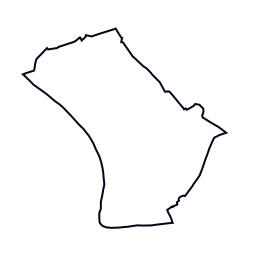 outline of Long Xuyen, An Giang, Vietnam, rotated 172°
{"feature_id": "81297802B27304776569222", "entity_name": "Long Xuyen", "entity_type": "district", "adm_level": 2, "iso_a3": "VNM", "parent_name": "Vietnam", "parent_adm1": "An Giang", "projection": "mercator", "projection_center": [105.422, 10.372], "detail": "fine", "context": "isolated", "style": "outline", "palette": "ink", "viewbox_px": 256, "rotation_deg": 172, "n_neighbors": 0, "source": "geoboundaries", "source_scale": "gbopen_adm2", "svg_char_len": 4112}
<svg xmlns="http://www.w3.org/2000/svg" viewBox="0 0 256 256"><g transform="rotate(172 128 128)"><path d="M52.5,139.0L52.9,139.5L53.2,139.8L53.5,140.3L53.7,140.6L53.9,141.0L54.1,141.1L54.4,141.2L54.8,141.4L55.3,141.5L56.0,141.7L56.7,141.9L57.4,142.2L57.9,142.5L58.8,141.8L59.3,141.3L60.0,140.8L60.4,140.5L60.5,140.5L61.7,140.0L62.7,139.6L66.4,138.1L67.2,137.9L68.1,139.3L68.3,139.4L69.0,139.0L69.9,138.7L70.0,139.2L70.6,140.3L71.4,141.5L73.5,144.8L75.6,148.3L77.8,151.9L80.0,155.4L81.2,157.3L81.5,157.6L81.6,157.8L81.9,158.1L82.2,158.4L82.5,158.6L82.9,158.6L83.1,158.6L83.4,158.5L83.7,158.5L83.9,158.6L84.2,158.7L84.3,158.8L84.6,158.8L84.8,158.8L85.1,158.8L85.5,158.7L85.9,158.6L86.2,158.7L86.3,158.9L86.4,159.1L86.7,159.6L86.8,160.0L88.4,164.3L89.2,166.3L89.8,168.0L90.3,169.1L92.0,171.4L94.3,174.4L96.4,177.2L97.6,179.4L101.4,184.6L104.1,186.8L107.0,190.4L109.1,193.0L110.7,195.1L112.3,197.1L113.5,198.0L113.6,198.4L113.7,198.8L113.9,199.3L114.4,200.3L115.5,202.4L115.9,203.2L116.2,203.8L116.7,204.8L117.7,206.9L118.8,208.9L119.2,209.7L119.8,210.9L120.2,211.9L120.7,212.9L120.9,213.3L121.8,213.7L122.7,213.9L122.5,214.6L122.3,215.2L122.2,215.8L121.7,216.9L121.4,217.6L121.2,217.8L121.3,217.9L121.5,218.2L121.9,218.5L122.3,218.9L125.0,224.9L126.4,228.2L130.6,227.3L131.0,227.3L142.4,225.4L150.1,224.0L151.0,223.7L156.6,225.7L156.6,225.2L156.7,224.8L157.3,224.3L158.0,223.9L158.3,223.6L158.5,223.2L159.0,222.9L159.4,222.6L160.1,222.3L160.7,222.0L161.6,221.0L161.8,221.3L162.3,223.0L162.7,224.2L162.9,224.4L163.5,224.2L163.8,224.0L163.9,223.6L164.3,223.5L165.1,223.2L166.2,222.5L166.9,222.0L168.2,221.4L169.2,220.9L169.5,220.8L172.8,220.2L173.0,220.2L185.7,217.9L186.8,217.1L196.1,216.9L197.1,218.4L199.0,216.9L202.0,214.5L204.6,212.5L208.1,209.8L208.7,209.3L209.1,208.8L209.7,207.7L210.8,204.9L212.6,199.0L213.0,198.2L213.3,197.9L213.8,197.7L215.5,197.6L216.3,197.3L217.4,197.2L218.0,197.2L218.9,196.9L220.1,196.7L222.8,196.2L223.7,196.0L224.6,195.8L221.7,192.3L220.4,190.5L219.6,189.6L217.7,187.0L215.9,184.6L215.1,183.5L213.7,182.3L210.6,179.3L208.7,177.6L206.4,175.4L203.1,172.1L201.2,170.0L199.0,167.5L197.6,165.9L195.9,164.1L192.3,160.7L191.7,160.0L190.7,158.8L189.4,157.4L188.3,155.8L185.2,151.5L184.0,150.0L177.8,140.8L176.7,139.2L175.8,137.9L172.3,133.3L168.1,126.2L167.9,125.9L164.7,118.4L164.1,116.3L163.2,113.0L162.8,111.7L162.7,111.1L161.5,107.7L160.6,104.8L160.0,102.1L159.6,99.7L159.2,96.8L159.0,94.4L158.8,91.3L158.8,87.8L158.8,85.7L159.0,83.2L159.1,79.4L159.2,77.2L159.3,75.7L159.5,74.6L159.9,73.9L160.3,72.4L161.2,70.3L161.7,68.2L162.8,65.3L163.3,63.6L163.8,62.3L164.6,60.3L165.1,58.7L165.4,57.5L165.5,56.0L165.8,54.0L166.3,51.6L166.5,50.9L167.0,50.2L168.0,48.3L168.4,47.0L168.6,45.7L168.8,43.8L169.1,41.9L169.0,41.0L169.2,39.9L169.2,38.8L168.9,37.6L168.3,36.6L167.3,35.1L165.5,33.8L162.9,32.5L160.9,32.1L158.4,31.4L154.8,31.1L153.5,30.9L151.2,30.7L148.9,30.6L145.9,30.5L142.0,30.2L136.8,30.3L132.8,30.3L130.5,30.0L128.6,29.6L126.8,29.3L124.2,29.0L121.8,28.7L118.6,28.3L112.2,28.3L104.4,28.1L99.0,28.0L97.0,27.8L97.4,29.2L97.5,30.6L97.7,31.7L98.2,33.6L98.6,35.0L99.9,38.6L100.6,41.4L99.4,42.0L97.0,43.2L95.3,44.2L94.9,43.5L94.6,43.6L92.5,44.7L92.0,44.8L91.7,44.8L91.4,44.8L91.0,44.9L89.8,45.4L89.8,45.7L89.9,46.0L90.0,46.4L89.9,47.0L89.9,47.4L89.7,47.8L89.4,48.0L89.0,48.2L88.6,48.3L88.3,48.5L87.9,48.7L87.7,48.9L87.6,49.0L87.7,49.5L87.8,49.8L87.7,50.3L87.5,50.8L87.3,51.3L87.0,51.6L86.6,52.0L86.1,52.3L85.7,52.5L85.1,52.7L83.9,53.0L82.2,53.3L81.9,53.2L81.6,53.1L81.2,52.7L80.9,52.7L78.4,55.3L75.4,58.4L72.3,61.5L71.0,63.2L68.2,66.1L66.1,68.3L63.6,71.1L63.3,71.6L61.7,74.5L59.2,79.1L58.9,79.8L57.2,83.2L55.6,86.4L54.8,87.8L53.7,89.8L53.1,90.9L52.1,92.8L50.6,95.9L49.8,97.2L45.6,104.1L44.2,106.1L43.7,106.5L40.7,107.4L39.3,108.1L31.4,109.6L36.8,115.0L38.6,116.7L40.4,118.1L42.5,119.7L43.6,120.7L44.0,120.9L44.5,121.2L46.9,123.3L50.4,126.2L51.0,126.8L51.9,127.4L52.4,127.9L52.7,128.3L52.7,128.7L52.7,129.4L52.7,130.0L52.6,130.4L52.2,131.2L51.6,132.4L51.2,133.5L51.0,134.5L50.8,135.3L50.8,136.0L50.9,136.8L51.2,137.4L52.2,138.6L52.5,139.0Z" fill="none" stroke="#020617" stroke-width="2"/></g></svg>